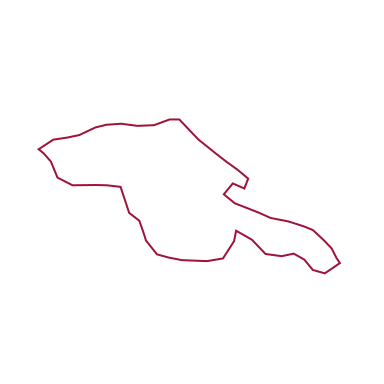 Melanarga, Cyprus (Mercator projection), rotated 191°
{"feature_id": "46923920B8194209200989", "entity_name": "Melanarga", "entity_type": "district", "adm_level": 2, "iso_a3": "CYP", "parent_name": "Cyprus", "parent_adm1": "", "projection": "mercator", "projection_center": [34.202, 35.508], "detail": "fine", "context": "isolated", "style": "outline", "palette": "rose", "viewbox_px": 384, "rotation_deg": 191, "n_neighbors": 0, "source": "geoboundaries", "source_scale": "gbopen_adm2", "svg_char_len": 826}
<svg xmlns="http://www.w3.org/2000/svg" viewBox="0 0 384 384"><g transform="rotate(191 192 192)"><path d="M350.7,204.7L344.9,201.6L336.3,194.9L326.8,180.5L310.6,175.8L287.8,180.5L276.4,182.4L263.1,183.4L249.7,159.5L238.3,153.8L232.6,144.2L227.9,135.6L214.5,124.1L202.2,123.2L188.8,123.2L164.1,127.0L148.9,132.7L141.3,151.9L141.3,162.4L124.1,156.6L108.0,145.2L91.8,146.1L80.4,150.9L68.9,147.1L58.5,138.5L46.1,137.5L33.3,150.4L37.5,154.7L44.2,163.3L53.7,170.0L66.1,177.7L75.6,179.6L91.8,181.5L109.9,181.5L122.2,184.4L147.9,189.1L160.3,195.8L153.6,208.2L141.3,205.4L139.4,215.9L151.7,222.6L164.1,228.3L175.5,234.1L195.5,244.6L205.0,251.3L218.3,260.8L227.9,258.9L242.1,250.3L258.3,246.5L274.5,245.5L288.8,241.7L299.2,236.9L313.5,226.4L324.9,221.6L338.2,216.9L350.7,204.7Z" fill="none" stroke="#9f1239" stroke-width="2"/></g></svg>